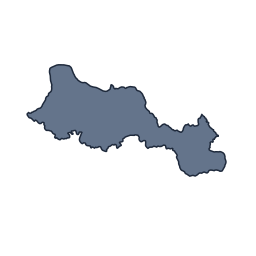 outline of Cumbitara, Nariño, Colombia, rotated 134°
{"feature_id": "7082276B90386853477374", "entity_name": "Cumbitara", "entity_type": "district", "adm_level": 2, "iso_a3": "COL", "parent_name": "Colombia", "parent_adm1": "Nariño", "projection": "natural_earth1", "projection_center": [-77.6, 1.741], "detail": "fine", "context": "isolated", "style": "filled", "palette": "slate", "viewbox_px": 256, "rotation_deg": 134, "n_neighbors": 0, "source": "geoboundaries", "source_scale": "gbopen_adm2", "svg_char_len": 5839}
<svg xmlns="http://www.w3.org/2000/svg" viewBox="0 0 256 256"><g transform="rotate(134 128 128)"><path d="M120.4,53.9L119.7,50.1L117.3,48.7L116.7,48.0L116.0,46.6L115.6,46.2L113.5,45.6L111.6,45.5L110.8,45.3L110.2,44.8L109.4,43.7L108.5,43.3L107.7,43.2L106.7,42.5L105.9,40.6L105.4,39.9L104.0,39.7L102.7,40.1L102.1,40.1L100.8,39.3L99.8,38.0L98.9,36.5L98.5,36.2L97.9,36.2L96.7,35.1L95.5,33.1L95.3,32.0L94.8,31.4L93.8,30.6L93.2,30.5L88.5,31.7L87.3,32.5L85.8,33.0L84.5,33.8L83.8,34.6L82.4,37.3L81.1,38.5L80.0,40.4L79.8,42.1L80.3,44.0L81.1,45.5L82.0,46.0L84.0,48.3L85.2,49.2L85.7,50.0L87.1,53.1L87.3,54.4L87.0,54.8L86.4,55.4L85.1,55.4L84.3,56.4L82.2,57.7L81.8,58.5L81.4,58.8L80.4,58.7L79.7,58.0L79.5,57.4L79.2,57.2L78.6,57.4L77.6,58.6L77.1,58.9L76.7,58.8L76.1,58.1L74.9,58.6L74.2,58.4L73.1,58.7L72.3,58.3L71.2,57.4L70.7,57.9L71.2,58.7L70.9,59.9L71.1,60.7L70.5,61.6L70.7,64.2L69.9,65.3L70.3,66.0L70.3,68.0L70.6,68.9L70.4,69.6L70.5,70.2L69.9,71.7L69.7,72.7L69.4,73.0L68.3,73.4L68.3,74.9L68.5,75.2L69.0,75.4L69.0,76.0L68.6,76.4L68.1,76.2L67.8,76.3L67.5,76.9L67.3,78.2L67.0,78.7L67.3,79.9L66.8,80.9L67.1,82.0L67.0,84.2L67.8,84.1L68.9,83.4L69.9,83.4L70.6,83.0L72.1,83.7L72.9,83.6L73.5,83.2L75.2,81.4L76.1,79.9L76.6,79.7L77.4,79.6L78.0,79.7L80.4,81.3L80.6,81.8L80.5,83.1L81.2,83.8L82.6,84.0L83.3,84.4L83.6,86.1L83.3,87.4L84.7,87.8L85.9,88.8L87.7,88.6L89.6,88.0L91.0,87.1L92.1,86.7L93.1,86.6L93.9,86.7L94.7,87.5L94.7,88.3L95.1,88.8L95.4,90.0L95.4,91.0L95.9,91.5L96.9,91.9L97.8,92.9L97.7,94.0L98.2,94.6L98.4,95.3L98.3,97.7L98.6,98.8L98.5,101.1L99.2,101.9L99.6,104.3L100.5,105.0L101.6,105.5L104.5,105.7L105.5,106.0L105.8,106.5L105.7,107.6L104.6,109.3L103.8,111.1L102.0,112.6L101.9,113.6L101.3,114.5L101.3,115.0L101.8,116.5L101.3,117.5L101.2,118.2L100.9,118.9L100.8,120.5L101.1,121.2L102.0,122.1L102.1,122.6L101.3,124.3L101.5,127.2L101.1,129.9L99.8,131.6L98.5,132.0L97.1,133.0L95.7,135.7L95.6,136.9L94.8,137.6L94.6,138.8L93.6,141.1L93.4,142.6L93.4,145.0L94.5,147.1L94.7,148.0L93.9,150.5L94.0,151.6L96.7,155.2L98.3,156.2L99.1,156.5L99.8,157.0L100.1,156.9L101.2,157.3L101.4,157.9L101.4,158.9L101.9,159.9L102.9,161.1L104.5,161.9L106.4,162.3L107.2,163.0L108.0,164.3L108.8,164.4L109.0,164.6L109.1,165.9L108.5,167.0L108.2,167.3L108.1,169.0L108.5,170.0L109.1,170.1L109.8,169.3L111.1,168.8L112.3,168.0L112.7,167.9L115.9,168.6L117.2,169.5L118.1,170.8L118.7,171.8L120.0,176.4L120.9,178.9L122.7,181.6L124.0,184.1L124.7,189.6L125.3,190.7L126.7,191.9L127.3,192.8L127.8,193.8L128.4,197.1L128.1,199.0L128.2,200.1L127.7,202.4L127.2,203.3L126.7,205.1L124.4,209.9L124.0,211.1L124.1,213.3L127.1,217.9L130.7,221.8L132.3,223.0L137.4,225.1L138.6,225.4L139.3,225.5L139.7,225.3L141.5,224.1L142.6,223.0L144.4,220.2L146.2,218.3L147.7,216.6L149.9,212.7L151.6,211.5L152.1,210.7L153.7,209.4L154.7,208.9L155.8,208.8L158.1,209.1L158.8,208.8L159.7,208.0L160.4,207.9L161.1,207.9L161.9,208.3L162.8,208.2L163.9,207.8L165.0,206.9L170.5,205.7L172.2,205.0L174.0,204.8L174.8,205.0L176.0,205.8L177.5,206.4L179.0,206.3L180.5,206.8L181.7,207.4L182.9,207.6L183.4,208.1L184.6,208.1L185.7,209.0L185.9,210.2L187.5,210.4L188.1,210.2L188.7,209.3L189.2,206.8L189.2,206.1L188.6,205.2L188.2,204.1L188.3,200.4L188.0,200.0L186.8,200.1L186.5,199.9L186.2,198.6L186.5,196.2L186.3,194.8L185.3,193.8L184.0,193.8L183.4,193.5L183.0,193.2L182.6,192.2L182.7,191.8L183.5,191.3L184.0,190.7L184.2,189.4L185.6,188.4L186.3,187.4L186.5,185.9L186.4,185.1L184.6,183.1L184.2,182.1L183.6,181.1L183.6,180.3L184.0,178.6L183.9,177.4L183.3,176.1L183.7,175.3L185.6,174.3L185.7,173.9L185.7,173.3L185.4,172.8L185.0,172.9L184.6,172.5L184.5,170.6L184.1,169.4L183.6,168.7L181.7,168.5L181.2,167.9L180.9,167.1L180.4,166.4L179.6,166.2L178.5,165.0L177.2,164.7L176.1,163.6L175.3,163.5L174.2,164.4L173.7,165.7L173.7,167.4L173.2,167.7L171.9,167.0L171.4,166.4L171.3,165.7L171.4,164.2L171.3,163.8L171.0,163.5L170.5,163.4L170.2,163.8L170.1,164.1L170.4,164.6L170.3,165.4L170.0,166.1L169.6,166.5L169.2,166.4L168.4,165.5L167.5,165.2L166.4,164.3L166.3,163.8L166.8,162.6L167.9,160.9L167.8,159.9L167.1,159.3L166.8,159.3L166.0,159.5L165.3,160.1L164.8,160.2L164.3,159.8L163.3,158.6L163.2,158.2L163.3,158.0L164.2,157.8L166.4,156.8L168.4,156.0L169.9,155.1L170.6,154.2L171.0,153.3L171.3,151.7L171.1,150.2L170.8,149.9L169.4,149.6L168.7,148.6L168.6,147.8L169.2,147.1L169.3,146.6L169.1,145.2L167.5,143.2L167.2,142.6L167.3,142.2L167.9,141.4L167.9,140.7L167.7,140.6L167.1,140.7L166.7,140.6L166.1,139.6L165.7,138.1L164.3,137.9L163.9,137.0L163.5,136.7L162.6,136.2L161.7,136.1L160.7,135.0L160.7,134.2L161.3,133.0L161.7,131.5L161.6,130.6L160.5,128.0L160.0,127.4L159.5,127.3L159.2,127.4L158.5,128.4L156.5,128.4L155.2,129.0L154.6,128.9L153.9,128.3L150.8,127.7L150.4,127.3L150.1,126.4L149.7,126.1L149.0,126.1L148.5,125.4L148.5,124.7L148.8,124.0L150.0,122.3L150.0,121.8L149.7,121.5L147.2,121.4L145.3,120.8L145.0,121.0L144.7,121.9L144.6,123.5L144.4,124.0L144.1,124.1L143.2,123.6L141.9,122.7L141.3,122.5L140.8,122.7L139.7,123.9L139.3,124.1L138.3,123.9L137.9,123.7L136.3,123.7L131.7,121.4L128.8,118.3L128.3,118.3L127.8,117.9L126.4,115.9L126.7,114.1L126.9,113.4L128.2,112.5L128.7,111.7L129.0,110.8L129.0,109.6L128.6,108.9L128.2,108.6L126.3,108.1L125.4,107.2L125.2,106.7L125.2,106.4L125.8,105.5L128.1,103.5L128.6,102.8L128.9,100.9L128.8,99.6L128.5,99.4L127.2,99.3L126.0,98.4L125.1,97.4L123.1,96.7L122.0,94.7L121.8,94.1L120.3,93.9L120.0,93.6L119.5,92.5L118.7,91.7L118.4,91.7L118.2,91.3L117.4,91.0L115.7,90.6L114.8,89.5L114.7,89.0L114.8,88.5L115.7,87.2L116.2,86.2L116.2,85.9L116.0,85.6L114.8,85.1L114.1,84.1L113.7,83.1L112.0,82.1L111.8,81.8L111.8,81.4L112.6,80.8L112.8,80.5L112.8,79.8L112.3,78.8L112.3,78.3L112.7,77.2L113.0,75.0L113.3,74.0L113.7,73.5L115.1,73.0L115.6,72.3L117.0,68.3L118.5,66.7L119.2,65.4L119.3,64.8L120.5,63.1L121.2,61.0L121.1,59.7L120.9,59.5L120.3,57.3L120.4,56.4L120.8,55.4L120.8,54.8L120.4,53.9Z" fill="#64748b" stroke="#1e293b" stroke-width="1.5"/></g></svg>